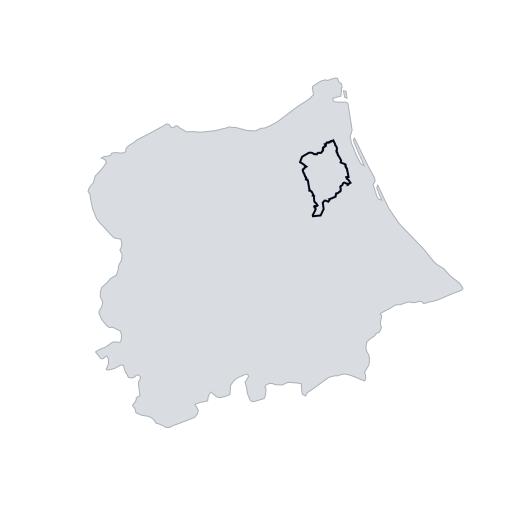 location of Agneby-Tiassa, Agnéby, Ivory Coast, rotated 250°
{"feature_id": "98640826B52449815511854", "entity_name": "Agneby-Tiassa", "entity_type": "district", "adm_level": 2, "iso_a3": "CIV", "parent_name": "Ivory Coast", "parent_adm1": "Agnéby", "projection": "robinson", "projection_center": [-4.418, 5.953], "detail": "fine", "context": "in_parent", "style": "outline", "palette": "ink", "viewbox_px": 512, "rotation_deg": 250, "n_neighbors": 0, "source": "geoboundaries", "source_scale": "gbopen_adm2", "svg_char_len": 8759}
<svg xmlns="http://www.w3.org/2000/svg" viewBox="0 0 512 512"><g transform="rotate(250 256 256)"><path d="M132.9,104.9L134.4,104.8L138.3,103.5L141.8,100.6L145.2,94.5L149.6,89.6L154.6,90.0L156.1,89.1L157.9,88.9L160.0,92.1L162.1,94.6L163.6,94.7L164.7,99.3L173.8,101.2L177.7,102.5L181.0,105.9L182.2,106.0L183.6,105.3L184.7,104.1L184.9,102.8L183.5,99.7L184.1,97.0L185.6,94.5L187.9,94.4L191.5,93.7L195.6,93.7L198.6,94.1L199.8,91.7L198.7,84.8L199.0,81.0L199.5,77.7L200.6,76.4L205.1,80.5L209.3,81.9L212.2,82.0L213.1,81.3L211.8,76.9L212.2,75.6L213.3,74.8L215.2,74.3L220.5,72.5L221.0,72.9L222.0,79.8L221.6,82.1L222.7,86.8L224.0,91.2L223.9,93.0L222.8,95.7L221.5,98.2L221.6,99.2L223.7,100.9L227.7,102.6L231.9,103.0L234.2,100.5L236.7,98.4L238.3,96.5L238.9,93.8L241.6,91.8L249.1,89.3L256.1,88.9L257.8,89.7L260.9,93.5L264.9,96.2L271.0,95.8L275.4,97.4L279.2,100.3L281.8,106.8L284.6,111.6L285.8,118.3L290.2,121.8L293.7,123.4L298.3,128.3L303.2,130.7L308.2,130.2L310.6,132.7L314.3,134.5L318.1,134.6L321.4,129.0L325.7,126.8L336.7,122.3L341.1,120.3L345.5,119.0L356.1,118.6L366.0,120.0L370.9,121.0L374.2,120.3L377.4,122.9L380.7,128.5L383.4,130.3L386.1,132.2L388.2,136.6L390.6,141.0L391.9,143.0L394.8,147.3L397.4,147.4L399.9,145.5L400.9,144.1L401.4,147.0L400.4,151.6L400.6,154.4L402.0,155.5L401.3,159.2L398.4,165.5L398.4,169.2L401.3,170.4L403.3,174.3L404.6,181.0L405.8,183.3L405.9,184.7L408.0,201.0L410.6,217.4L409.0,219.5L406.7,220.1L405.3,220.9L404.9,222.4L405.8,224.6L405.2,226.7L402.4,228.1L396.3,233.3L395.8,235.4L394.2,239.8L392.9,242.5L390.9,247.5L387.7,260.8L386.5,271.8L386.4,275.2L385.1,277.5L383.7,280.9L377.1,290.4L373.7,298.1L374.1,301.4L374.3,304.8L373.3,307.2L373.5,313.7L374.3,319.1L375.5,324.5L380.3,339.6L382.9,348.8L384.4,356.2L385.8,361.2L387.1,363.2L387.6,365.1L394.8,366.5L396.2,367.6L398.2,377.2L397.8,381.6L396.4,383.2L396.5,386.9L396.1,391.5L395.1,393.3L391.1,393.5L388.4,395.3L384.8,394.6L384.4,393.4L382.5,393.0L377.2,390.4L378.0,382.1L375.6,381.7L373.7,382.8L369.9,392.8L368.1,394.6L341.5,389.4L335.8,385.2L328.9,384.3L316.8,384.8L306.9,386.0L304.0,388.5L329.1,387.0L331.8,387.3L333.1,388.9L301.4,392.2L289.3,394.1L285.7,393.6L283.0,390.4L269.8,390.0L267.1,391.1L265.5,393.4L270.7,392.9L278.8,392.8L281.0,394.6L255.5,397.0L237.8,401.5L230.2,404.8L205.5,415.8L190.4,421.0L186.5,422.9L179.6,428.3L170.8,431.7L160.9,438.0L154.9,439.5L153.5,437.4L153.4,426.7L152.6,412.4L152.9,406.9L153.7,401.7L153.7,397.5L156.7,395.9L157.5,394.1L158.0,388.5L160.8,383.4L160.9,374.6L161.7,372.7L162.3,370.4L161.1,364.6L159.6,353.7L158.8,353.0L158.2,353.4L156.6,353.6L150.4,349.8L145.6,349.2L142.2,346.0L142.0,342.3L140.4,340.1L139.3,335.9L137.6,331.0L132.9,328.1L128.5,327.4L125.3,328.0L121.6,327.8L117.4,326.2L114.5,324.3L111.7,320.7L109.1,317.9L107.1,318.3L104.6,317.6L102.2,316.3L101.4,315.3L111.7,303.9L115.1,298.4L115.5,295.0L115.6,291.6L116.7,288.1L117.0,282.7L111.4,263.2L109.9,257.2L108.4,255.5L107.4,254.8L110.3,252.3L114.3,253.0L120.3,254.9L121.7,253.0L126.3,243.2L126.2,239.5L125.7,237.0L128.4,230.3L130.6,227.7L131.7,224.9L131.3,221.0L129.7,219.6L127.6,219.9L125.1,218.9L121.2,216.7L119.2,214.8L119.8,205.9L120.2,203.1L121.6,201.6L123.7,201.1L129.7,200.9L134.6,201.9L138.9,202.5L141.2,202.5L143.0,205.1L145.4,207.8L147.6,207.8L148.4,205.8L147.9,197.0L146.4,192.4L143.2,187.9L134.7,184.1L134.5,178.7L135.4,173.0L137.2,170.8L143.5,167.2L142.4,165.2L140.4,163.1L136.4,161.0L137.4,154.0L137.6,147.9L134.2,148.6L130.7,148.9L127.8,147.0L125.4,143.3L125.0,133.0L125.0,121.0L124.5,115.8L125.5,113.0L128.5,110.4L131.7,107.0L132.9,104.9ZM381.3,394.7L380.0,397.0L373.2,395.5L374.8,393.6L381.3,394.7Z" fill="#d9dde1" stroke="#a8b0b8" stroke-width="1"/><path d="M300.2,328.9L300.1,329.1L299.9,329.0L299.5,328.8L299.3,328.5L299.2,328.4L299.1,328.5L299.1,328.9L298.9,329.0L298.7,329.3L298.4,329.6L298.1,329.7L298.0,329.8L297.9,330.1L297.7,330.2L297.4,330.1L297.2,330.3L296.9,330.4L296.7,330.4L296.4,330.5L296.2,330.5L295.6,330.6L295.2,330.7L294.7,330.6L294.1,330.6L293.9,330.5L293.8,330.3L293.4,330.0L293.2,330.4L293.4,330.5L293.6,330.7L293.5,330.8L293.0,331.0L293.0,330.9L292.9,330.9L292.7,330.9L287.7,329.5L287.1,329.5L286.3,329.7L286.2,329.8L286.1,330.0L285.5,330.2L285.1,330.4L284.9,330.4L284.7,330.6L284.3,330.8L284.1,330.7L283.8,330.7L283.0,330.9L282.7,330.8L282.4,331.0L282.2,330.5L282.2,330.3L282.2,330.1L282.0,329.5L282.0,329.3L282.4,329.0L282.5,328.9L282.9,328.4L283.0,328.0L282.9,327.9L282.3,327.5L282.0,327.6L281.6,327.6L281.3,327.7L281.0,327.9L280.6,328.0L280.4,328.1L280.2,328.0L279.9,328.0L279.6,328.1L278.3,326.8L277.8,326.5L277.3,325.8L277.0,325.5L275.0,323.3L273.9,323.1L272.0,330.6L277.0,335.6L283.3,337.0L284.6,339.4L284.0,340.8L282.3,342.4L283.3,344.1L284.1,344.6L284.3,344.5L284.3,347.6L284.4,347.8L284.5,350.7L284.5,351.0L285.0,351.4L285.4,351.5L285.6,351.5L286.1,352.0L286.4,352.3L286.7,352.4L286.9,352.4L287.0,352.6L287.4,352.8L287.4,353.0L287.2,353.3L287.1,353.5L287.1,353.9L287.2,354.3L287.2,355.1L287.4,355.3L287.6,355.6L287.7,355.8L287.7,356.0L287.9,356.3L287.9,356.8L287.8,357.2L287.8,357.3L288.5,358.0L289.0,358.1L289.5,358.2L290.3,358.7L291.5,358.7L292.1,358.8L292.3,358.9L292.3,359.0L292.5,359.3L292.5,359.5L292.8,359.8L292.8,360.3L293.0,361.1L293.3,361.6L293.5,361.8L294.0,362.1L294.2,362.3L294.6,362.9L294.8,363.5L294.8,363.8L294.5,364.6L294.2,364.8L293.9,365.0L293.3,365.5L293.1,365.8L292.8,366.5L292.7,366.6L292.3,366.9L292.1,366.9L291.8,366.8L291.5,366.6L291.5,366.9L291.5,367.0L291.8,367.3L291.8,367.7L291.9,367.8L292.1,368.0L292.2,368.4L292.3,368.5L292.4,368.8L292.5,369.0L292.5,369.8L295.8,368.9L296.1,368.7L296.7,368.5L297.0,368.1L297.3,368.0L297.5,368.0L297.7,367.9L297.9,367.9L298.1,367.8L298.6,367.7L298.8,367.8L299.0,367.7L299.3,367.8L298.6,370.0L304.7,371.0L304.8,371.0L305.1,370.8L305.3,370.8L305.5,370.9L305.7,371.1L305.9,371.1L307.0,371.4L307.3,371.4L307.8,371.0L308.0,370.8L308.7,370.7L309.0,370.9L309.3,370.8L309.5,370.8L309.6,371.1L310.0,371.2L310.2,371.3L310.3,371.3L310.4,371.2L310.5,371.3L310.8,371.3L310.9,371.2L311.1,371.4L311.3,371.4L311.5,371.4L315.0,367.5L316.6,368.7L321.7,367.9L321.9,367.7L322.2,367.7L322.5,367.5L322.8,367.5L323.0,367.6L323.3,367.5L323.6,367.6L323.9,367.5L324.1,367.5L324.4,367.5L324.6,367.6L324.8,367.8L325.0,367.8L325.5,367.6L325.8,367.3L326.3,367.5L326.7,367.5L326.8,367.7L326.9,367.8L327.1,367.7L327.3,367.8L327.5,367.6L327.8,367.9L328.2,368.3L328.4,368.5L328.6,368.5L329.7,368.9L329.9,369.0L330.3,368.9L330.7,368.9L331.3,369.0L333.0,368.3L333.3,368.6L333.5,368.6L335.1,368.5L335.6,368.5L336.3,368.3L336.8,368.3L337.3,368.2L337.7,368.3L338.0,368.2L337.9,368.1L337.8,367.8L337.9,367.7L338.0,367.6L338.0,367.4L338.1,367.2L338.2,366.9L338.0,366.7L338.0,366.4L337.9,366.3L337.9,366.2L338.0,366.0L337.9,365.8L337.9,365.7L338.0,365.7L338.2,365.8L338.4,365.8L338.4,365.7L338.2,365.6L338.3,365.5L338.3,365.4L338.2,365.1L338.2,364.7L338.0,364.4L337.9,364.1L337.9,363.9L337.6,363.8L337.6,363.7L337.9,363.5L338.0,363.4L337.9,363.2L337.7,363.1L337.7,362.9L337.9,362.8L338.1,362.6L338.2,362.3L338.1,362.1L338.2,361.9L338.1,361.7L338.3,361.5L338.4,361.4L338.3,361.2L338.2,361.1L338.1,360.8L338.0,360.7L337.9,360.7L337.7,360.7L337.4,360.4L337.2,360.1L337.2,359.7L337.5,359.7L337.5,359.3L337.5,359.1L337.3,359.2L337.1,359.0L336.9,359.0L336.7,358.9L336.4,358.9L336.3,359.3L336.2,359.4L335.8,359.4L335.6,359.3L335.5,359.2L335.4,358.8L335.3,358.5L335.3,358.0L335.4,357.5L335.4,357.4L335.3,357.1L335.2,357.0L335.1,356.9L334.9,356.8L334.9,356.0L334.8,355.9L334.7,355.9L334.6,356.1L334.3,355.9L334.1,355.8L333.8,355.7L333.7,355.5L333.6,355.3L333.3,355.2L333.1,355.2L333.0,355.3L332.9,355.4L332.6,355.2L332.4,355.0L332.1,354.8L331.9,354.6L331.8,354.2L331.7,353.8L331.6,353.7L331.4,353.6L331.2,353.3L330.9,353.0L330.8,352.8L330.8,352.6L330.7,352.5L330.7,352.3L330.9,351.7L331.1,351.3L331.2,350.9L331.3,350.6L331.4,350.2L331.6,350.0L331.7,349.9L331.6,349.5L331.6,349.3L331.5,348.8L331.4,348.7L330.8,348.3L330.7,348.1L330.8,347.8L330.9,347.4L331.2,347.1L331.2,346.9L331.6,346.2L331.8,346.1L331.8,345.9L331.8,345.4L332.5,345.0L332.9,344.7L333.7,343.9L334.0,343.5L334.4,342.7L334.5,342.4L334.9,341.1L334.8,340.4L333.8,334.9L333.5,333.3L331.5,331.5L329.1,329.5L328.6,329.8L326.9,331.3L322.9,333.8L322.9,333.7L322.6,333.3L322.5,333.2L322.4,332.8L322.5,332.5L322.4,332.5L322.3,332.4L322.1,331.9L322.1,331.5L322.0,331.3L321.7,331.2L321.6,330.6L321.3,330.3L321.3,330.2L321.4,329.8L321.4,329.7L321.2,329.5L320.9,329.3L320.5,329.4L320.0,329.2L319.6,329.1L319.2,329.2L318.9,329.1L318.1,329.2L317.9,329.2L317.4,329.1L317.0,329.4L316.8,329.5L316.5,329.4L315.7,329.4L315.1,329.3L314.8,329.5L314.6,329.5L314.1,329.3L313.8,329.3L312.9,329.9L312.6,329.8L312.3,329.9L311.7,330.0L311.6,329.9L311.5,329.5L311.2,329.1L310.7,329.2L310.5,329.3L309.8,330.2L309.6,330.6L300.2,328.9Z" fill="none" stroke="#020617" stroke-width="2"/></g></svg>